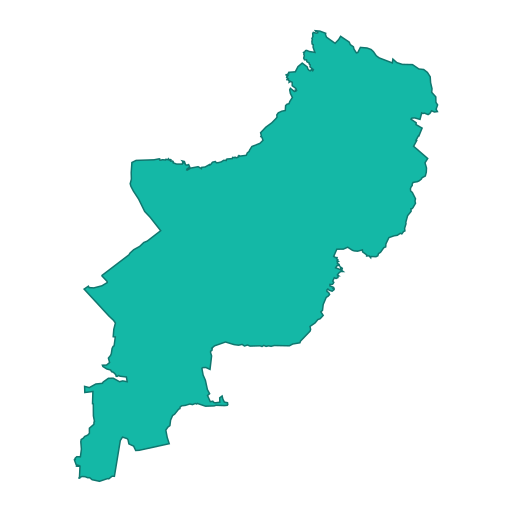 the district of Vitomiresti, Olt, Romania
{"feature_id": "2599482B1675604721620", "entity_name": "Vitomiresti", "entity_type": "district", "adm_level": 2, "iso_a3": "ROU", "parent_name": "Romania", "parent_adm1": "Olt", "projection": "natural_earth1", "projection_center": [24.373, 44.847], "detail": "fine", "context": "isolated", "style": "filled", "palette": "teal", "viewbox_px": 512, "rotation_deg": 0, "n_neighbors": 0, "source": "geoboundaries", "source_scale": "gbopen_adm2", "svg_char_len": 5974}
<svg xmlns="http://www.w3.org/2000/svg" viewBox="0 0 512 512"><path d="M169.2,443.7L167.2,437.4L165.8,430.1L167.9,427.1L169.9,425.6L170.6,420.1L172.6,415.5L174.6,414.2L178.6,409.2L179.9,408.6L180.0,407.2L181.6,405.8L185.3,405.4L189.8,404.0L192.5,404.6L195.2,403.5L196.7,404.0L197.3,403.4L205.5,406.2L214.1,405.9L216.0,405.3L224.6,405.6L227.3,405.3L227.8,404.5L227.5,402.7L224.4,402.1L222.9,399.2L222.1,396.0L219.7,397.8L219.8,402.2L215.3,402.8L213.7,402.4L212.8,401.2L210.3,401.7L207.5,395.5L209.6,393.7L207.4,389.6L205.4,380.3L203.1,375.0L201.9,368.3L202.9,367.6L205.9,367.5L210.0,369.4L211.6,355.9L210.6,352.8L210.6,351.2L211.9,350.4L212.2,348.7L211.8,348.2L214.6,345.8L225.5,342.0L234.1,344.6L238.6,345.2L242.1,344.4L244.5,346.0L247.5,345.0L250.0,346.1L260.1,345.8L262.0,346.5L263.8,345.4L266.1,346.4L268.5,345.8L271.1,346.3L274.2,345.5L289.4,345.8L292.8,344.0L299.9,342.8L300.5,341.1L310.1,331.1L310.6,329.4L310.0,326.4L315.1,322.9L317.8,319.6L320.2,318.7L323.2,315.4L320.9,311.9L322.5,310.3L323.2,304.5L326.2,297.4L328.1,296.2L329.6,294.5L328.6,292.5L327.0,291.5L326.9,290.0L327.9,289.0L329.3,290.3L332.1,291.2L334.0,289.7L334.2,289.1L333.4,288.6L334.0,288.4L333.6,287.4L329.9,285.9L329.9,284.4L332.3,284.4L333.2,283.5L333.8,282.3L332.7,281.2L334.3,277.7L336.0,278.5L337.9,277.6L338.0,276.0L338.8,275.9L337.4,274.9L338.7,273.1L340.7,271.5L343.1,271.5L341.3,270.1L341.9,269.8L342.3,268.3L340.2,266.8L340.9,268.4L340.0,269.5L335.6,267.8L337.1,265.6L339.4,265.4L339.0,264.3L336.8,263.3L337.7,263.3L337.2,261.6L338.2,261.4L337.2,260.7L337.9,259.9L336.6,258.6L337.0,257.6L335.5,257.5L333.7,256.4L336.8,249.2L343.4,249.1L347.7,247.2L352.4,250.3L354.3,250.9L357.6,251.2L362.4,249.9L362.6,251.9L366.6,254.8L366.6,256.0L369.0,255.8L370.7,257.7L370.9,256.5L376.0,256.7L377.8,255.8L378.5,253.6L380.5,252.3L383.8,247.7L385.7,246.9L385.9,243.9L388.9,237.6L394.1,235.8L397.3,235.3L400.3,233.3L401.8,233.9L403.6,231.5L404.9,230.9L404.6,228.3L406.0,223.8L405.8,222.3L407.6,215.7L411.1,211.3L411.0,208.8L412.0,208.7L413.0,207.6L415.5,203.3L415.0,201.0L415.5,198.8L412.3,192.4L410.7,191.1L410.4,188.8L411.1,186.9L412.2,185.5L412.2,184.1L413.1,182.4L417.3,181.7L419.2,180.8L421.3,179.1L422.1,177.7L425.3,176.0L426.3,172.2L426.5,168.0L425.0,162.8L427.7,158.5L413.6,146.3L416.7,140.5L416.0,140.2L418.5,135.7L418.9,135.9L422.1,128.1L416.0,124.6L416.2,122.8L411.0,119.2L411.9,118.1L414.7,117.9L420.0,119.4L421.7,112.9L422.9,113.5L424.4,113.1L428.1,114.6L429.8,113.5L431.6,110.8L434.4,112.0L437.4,111.6L436.1,109.2L437.6,104.9L435.9,102.3L435.8,96.9L431.7,92.3L432.0,88.7L430.6,82.7L430.2,76.8L427.4,72.4L423.7,69.5L418.9,69.0L412.5,64.6L402.4,64.4L396.8,62.6L392.9,59.1L392.3,62.9L379.2,57.9L376.3,55.8L373.4,51.6L371.1,49.5L367.1,48.0L360.4,47.4L357.8,52.5L356.4,52.9L354.0,49.2L353.4,46.8L350.3,44.6L349.2,42.1L340.6,36.3L338.7,39.5L335.1,43.3L326.5,37.2L325.5,34.7L325.7,33.3L319.9,31.1L315.3,30.7L315.6,31.2L317.5,31.5L317.8,32.7L316.4,33.2L313.3,32.4L312.7,33.5L312.9,36.4L311.9,38.7L312.4,39.5L311.9,41.2L312.1,44.0L313.2,44.6L313.1,47.3L314.9,52.4L309.3,51.5L306.7,50.4L305.5,50.6L304.9,51.7L303.6,52.4L304.1,52.9L303.8,54.1L304.3,55.7L303.7,58.1L304.5,59.8L306.5,59.9L306.9,61.7L309.2,63.0L309.2,64.0L310.2,64.8L310.0,66.8L313.4,69.7L312.7,70.8L311.2,69.7L310.4,70.8L309.3,70.5L307.9,69.1L307.2,66.9L302.2,63.1L298.0,66.6L295.3,71.8L288.8,72.3L288.4,73.2L288.7,73.7L287.5,74.2L287.6,74.8L285.5,74.7L287.8,75.7L286.9,76.4L287.2,76.9L286.7,77.5L288.2,78.7L286.4,79.9L288.3,79.6L288.9,80.8L289.6,80.9L289.2,82.2L290.4,81.6L291.7,81.9L292.2,82.4L292.2,85.7L295.8,88.4L296.5,90.1L295.3,90.2L295.7,91.2L294.4,91.5L290.4,88.3L289.7,89.8L290.4,93.5L292.4,97.4L289.8,101.5L289.0,103.7L287.0,104.2L285.6,105.6L285.3,110.5L281.8,111.2L278.3,112.8L276.8,114.9L277.0,117.1L276.1,118.4L271.8,122.8L265.8,127.2L260.6,132.7L261.3,135.4L260.8,136.6L261.9,137.2L263.0,140.3L260.0,143.3L251.9,146.5L249.4,150.4L249.3,151.3L247.3,152.9L246.3,155.3L240.2,156.1L238.9,155.5L238.6,155.8L239.2,156.0L238.8,156.7L236.7,157.8L235.1,157.2L234.9,157.7L232.6,157.4L232.3,158.6L227.1,159.0L226.4,159.4L226.3,160.5L223.7,160.3L221.2,161.9L218.5,162.6L216.4,162.8L215.3,161.5L212.5,162.2L210.5,164.7L209.5,165.1L209.4,164.6L205.1,167.0L201.6,167.4L201.4,168.6L198.1,166.7L190.7,168.1L187.3,170.1L186.7,169.9L187.0,169.0L189.7,167.0L188.6,164.6L186.8,165.2L185.5,164.6L184.4,161.5L182.3,161.0L183.9,163.0L182.6,162.9L182.2,164.1L176.6,164.1L173.1,162.7L173.3,161.9L172.7,161.1L170.8,161.1L170.9,159.7L170.0,159.5L169.4,160.2L168.4,158.9L168.1,159.7L165.9,159.3L165.6,160.0L162.4,159.7L160.7,160.2L159.8,160.1L159.7,158.9L159.3,158.8L154.0,159.8L136.1,160.4L131.9,162.5L131.2,172.7L131.4,179.1L130.2,183.7L130.9,186.3L133.4,191.1L138.7,199.2L144.7,211.5L150.0,217.1L160.7,230.7L147.2,241.1L143.8,242.5L139.7,246.4L133.7,249.7L129.9,253.2L129.0,254.8L102.0,275.4L102.0,276.0L107.1,281.4L107.2,282.6L101.9,285.8L93.8,287.9L89.1,287.6L88.4,286.2L84.1,289.1L109.0,316.1L113.5,320.3L115.4,323.0L113.8,329.3L113.2,336.7L115.3,337.0L114.1,345.8L113.1,346.4L112.1,348.4L111.3,353.7L110.6,355.4L108.4,358.1L109.6,362.5L106.5,365.1L102.4,365.2L102.9,366.5L106.8,369.0L110.6,370.0L111.6,371.7L113.2,372.2L114.5,373.3L115.8,374.8L116.2,376.3L117.1,376.4L118.8,375.5L119.9,376.2L126.4,377.0L127.2,381.7L122.7,380.9L119.5,381.7L113.2,378.2L108.4,378.3L103.2,382.0L102.4,383.3L95.8,384.0L89.3,387.6L84.6,386.4L84.8,392.5L92.9,391.5L92.5,403.7L93.3,403.9L93.4,415.9L94.5,421.5L94.0,422.0L93.9,424.3L89.4,428.2L89.4,433.3L87.7,435.1L84.6,436.5L83.4,438.1L81.2,439.5L80.8,441.8L81.4,449.1L80.4,456.8L76.8,456.7L75.0,458.4L75.3,459.4L74.4,459.8L76.2,464.8L77.7,465.2L76.6,465.5L76.5,466.2L80.0,466.3L79.5,476.7L79.2,477.9L78.4,478.2L79.7,478.1L79.7,477.5L82.0,476.5L85.2,476.7L87.6,477.7L89.7,477.7L92.1,479.7L99.5,481.3L107.5,478.6L108.8,478.8L112.1,476.2L114.4,476.3L120.3,440.5L122.5,437.1L127.1,438.6L128.0,439.6L128.9,443.9L133.6,446.1L135.7,450.5L139.1,450.3L169.2,443.7Z" fill="#14b8a6" stroke="#0f766e" stroke-width="1.5"/></svg>